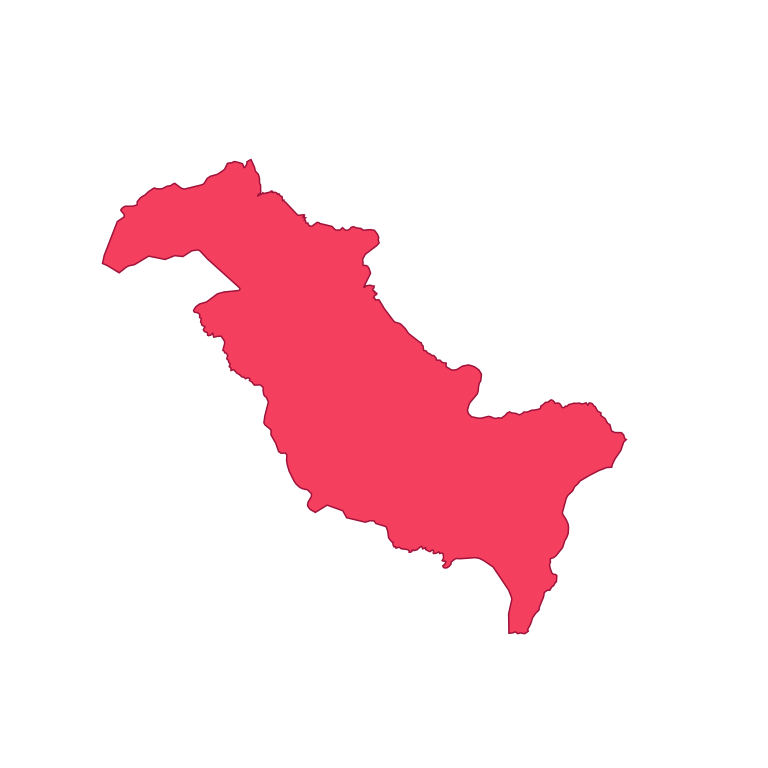 Anouvong, Vientiane, Laos (Natural Earth projection), rotated 59°
{"feature_id": "54806243B81229078685154", "entity_name": "Anouvong", "entity_type": "district", "adm_level": 2, "iso_a3": "LAO", "parent_name": "Laos", "parent_adm1": "Vientiane", "projection": "natural_earth1", "projection_center": [103.023, 18.902], "detail": "fine", "context": "isolated", "style": "filled", "palette": "rose", "viewbox_px": 768, "rotation_deg": 59, "n_neighbors": 0, "source": "geoboundaries", "source_scale": "gbopen_adm2", "svg_char_len": 6160}
<svg xmlns="http://www.w3.org/2000/svg" viewBox="0 0 768 768"><g transform="rotate(59 384 384)"><path d="M123.2,382.4L122.9,383.8L123.0,387.1L124.3,387.8L125.7,389.7L126.6,391.8L126.4,392.5L122.5,391.8L119.9,393.9L116.6,397.2L116.0,398.4L116.1,400.2L114.3,404.0L114.5,405.0L117.8,409.9L118.2,412.4L118.4,419.0L116.5,425.9L116.6,427.7L116.7,429.6L119.6,435.2L119.3,438.0L114.1,454.7L112.0,456.8L104.2,460.0L103.9,462.5L104.2,464.5L102.7,468.3L102.4,473.3L101.5,475.4L99.3,478.6L97.9,479.6L97.5,481.2L97.9,487.0L98.9,491.6L98.8,495.4L99.2,497.8L100.7,501.7L103.3,503.4L102.3,507.5L98.4,514.2L98.2,516.7L99.1,519.9L100.1,520.2L104.7,519.4L106.5,520.3L107.0,521.5L107.4,528.9L129.6,557.5L135.7,563.2L139.9,560.2L152.3,553.7L151.1,544.5L151.3,541.9L153.2,536.3L153.2,519.8L164.5,507.5L166.2,497.3L171.2,490.7L170.8,480.3L172.7,475.5L173.8,473.9L175.5,473.1L185.9,470.9L227.2,458.3L228.2,458.4L228.9,459.2L229.0,460.4L222.7,473.9L220.9,480.4L222.3,493.9L220.5,500.4L220.6,503.1L221.0,505.9L222.3,508.4L223.0,509.4L224.2,509.6L225.3,509.1L226.5,507.3L229.4,506.1L232.1,507.9L233.5,506.8L236.4,509.3L238.1,509.2L239.7,509.8L242.7,508.1L244.5,511.0L246.7,510.9L248.7,509.1L249.6,509.1L251.3,510.1L252.2,509.5L252.9,507.4L252.2,504.7L256.2,505.8L257.4,502.2L259.1,499.0L263.3,498.7L265.2,498.7L267.3,499.8L272.1,504.8L273.6,504.1L275.2,504.5L276.2,503.3L279.2,503.3L281.0,505.5L282.1,505.8L283.6,505.1L285.2,505.9L287.6,505.6L289.4,507.7L291.4,507.0L293.6,508.2L294.1,506.0L294.8,505.3L299.0,504.5L301.2,503.2L304.8,502.1L305.7,500.8L308.2,499.9L308.5,497.5L309.6,496.6L310.3,496.3L311.6,497.5L314.1,496.3L318.2,495.7L321.1,490.4L324.9,489.3L327.0,490.9L331.0,492.5L332.8,492.6L334.8,491.7L339.9,492.4L349.9,502.5L355.3,506.9L357.7,507.1L365.1,504.5L369.5,507.1L379.0,507.3L387.6,509.1L390.3,507.9L392.4,504.1L394.8,503.8L399.7,507.1L404.4,508.8L409.9,510.2L421.1,511.1L424.9,510.8L429.3,509.4L431.9,507.7L435.2,504.1L440.8,502.7L443.1,504.3L446.0,509.7L448.0,511.6L449.6,512.3L453.5,511.9L458.7,509.0L458.5,495.2L471.4,484.6L479.4,484.9L492.8,471.2L494.0,466.5L496.2,463.0L499.4,462.8L506.4,456.5L507.8,455.7L512.0,456.6L518.3,459.3L523.3,458.7L524.3,457.7L525.3,458.6L527.6,459.3L528.8,459.2L529.6,457.8L530.8,458.3L531.8,454.9L534.1,454.1L537.9,449.2L540.0,448.3L541.1,449.1L541.8,448.0L541.9,446.4L541.0,445.7L540.9,445.0L541.6,444.2L542.2,444.2L543.1,441.2L542.3,436.5L542.6,435.3L545.2,435.8L545.7,432.7L547.3,433.6L550.9,431.4L551.5,430.6L551.0,428.3L551.8,427.5L552.8,427.7L554.3,428.9L555.0,428.7L555.8,426.7L556.2,423.5L558.1,423.5L558.4,421.9L559.1,421.1L560.6,421.0L564.0,422.7L565.3,425.1L566.4,424.5L566.9,423.3L568.0,422.4L569.7,424.4L570.1,427.2L571.9,427.5L573.3,426.3L574.0,424.5L573.9,422.2L573.0,419.5L571.1,418.0L570.6,413.0L571.0,411.7L573.1,408.5L579.8,395.3L582.4,392.2L586.8,389.4L597.1,384.7L624.9,383.3L631.9,384.5L634.4,385.3L645.1,395.5L662.0,405.3L663.6,401.9L664.1,399.1L666.9,397.9L667.8,395.0L670.3,392.3L670.5,390.8L670.2,387.6L668.3,387.2L665.3,382.1L660.9,377.0L658.8,372.5L657.5,367.5L655.1,365.5L648.8,357.0L645.3,354.0L644.9,350.1L646.1,348.3L646.0,347.4L645.3,346.7L644.3,344.3L644.2,342.4L642.6,339.8L642.3,338.1L637.4,334.6L635.9,334.9L633.9,337.1L632.2,337.4L627.7,336.5L624.1,335.2L622.5,333.1L619.8,331.8L619.6,330.3L620.2,328.2L619.8,324.8L616.2,315.2L611.1,309.3L609.9,306.8L607.0,303.1L601.7,299.5L598.7,298.3L594.1,297.7L587.8,297.9L586.2,297.4L575.9,286.7L574.2,283.8L572.7,277.2L570.2,273.5L569.4,269.3L568.1,265.9L568.1,255.9L568.8,244.9L570.2,236.4L572.6,231.7L570.4,229.5L567.2,224.6L562.9,215.2L557.2,208.4L556.4,204.9L554.9,205.8L551.1,204.8L548.0,205.5L544.4,211.2L541.5,213.1L535.1,211.3L532.9,212.6L527.5,212.3L522.5,214.4L520.6,212.9L517.1,214.9L512.0,214.6L510.7,215.5L508.2,215.6L507.2,216.3L505.9,217.9L507.1,220.1L504.2,220.5L503.3,224.3L500.8,226.6L499.5,229.5L498.3,230.9L497.6,234.3L496.8,235.6L497.3,238.8L496.4,240.0L497.0,241.4L496.7,242.5L495.8,243.3L491.3,243.5L489.9,244.6L488.6,247.5L487.1,247.2L484.7,248.0L483.6,249.1L484.0,252.9L482.9,255.1L483.7,258.6L483.6,260.7L485.1,262.1L485.5,263.6L484.0,268.1L482.6,270.7L481.8,275.7L480.0,278.7L480.6,281.1L480.0,284.1L477.1,286.1L474.6,289.4L472.5,290.8L472.4,293.7L473.3,296.1L473.7,301.2L472.1,302.9L471.0,306.0L469.7,307.6L467.2,309.2L465.6,311.0L463.3,318.4L461.8,320.8L457.2,325.8L453.1,326.9L449.9,326.2L449.0,325.5L445.3,321.6L444.1,319.5L440.6,309.3L438.8,307.1L434.6,304.0L432.1,301.5L431.3,299.6L426.4,295.8L425.4,295.4L420.9,295.4L416.2,297.4L413.3,299.6L411.1,301.9L409.1,307.4L409.1,314.3L408.1,316.8L406.7,318.9L401.6,321.6L400.6,321.6L398.1,319.9L396.6,322.0L395.1,323.1L392.5,323.7L390.5,326.7L388.6,326.0L385.4,326.6L384.0,328.3L381.3,329.4L380.1,330.6L377.3,330.9L375.7,332.7L371.3,330.9L370.0,331.4L367.9,330.8L366.8,331.8L353.4,336.9L347.7,337.2L342.2,338.5L340.3,339.3L336.6,342.8L334.9,343.3L320.0,344.9L309.8,344.9L308.9,345.2L307.7,348.0L305.7,347.8L304.6,348.6L303.3,346.1L303.5,344.4L302.8,343.5L302.4,343.4L301.1,344.9L300.2,344.3L299.9,344.9L298.9,344.6L297.8,345.3L297.0,344.8L296.3,343.1L294.9,342.0L294.1,343.4L292.3,344.8L290.6,348.7L291.1,351.1L290.8,351.4L290.0,350.7L282.2,338.5L277.9,337.4L274.6,337.4L272.9,338.7L271.6,340.8L265.9,337.9L263.2,333.2L261.6,318.7L260.6,315.6L257.3,314.6L256.1,313.3L254.8,312.9L252.3,312.5L248.1,312.9L247.2,313.2L244.7,316.1L241.5,322.5L238.7,323.7L236.1,327.1L233.3,329.3L232.8,331.8L233.6,333.2L233.5,335.7L232.3,337.9L228.6,339.1L229.5,342.9L228.5,343.6L227.6,345.6L226.5,346.4L222.1,347.4L213.5,356.2L212.2,356.7L211.0,358.0L211.6,364.6L210.0,366.5L208.0,366.8L206.9,366.3L206.1,367.9L203.2,367.1L202.6,367.8L202.4,367.2L201.3,367.0L201.1,365.7L200.4,366.6L199.5,366.2L199.3,367.2L198.2,365.1L197.7,365.4L195.2,370.7L193.6,371.3L177.4,374.8L176.1,375.5L174.8,375.1L174.6,376.4L170.8,374.9L169.4,376.0L166.8,376.1L166.6,377.7L165.0,377.5L163.5,378.7L162.5,381.0L161.9,381.2L161.4,380.4L160.5,381.3L160.8,382.9L160.0,385.2L160.3,385.8L159.4,386.6L159.0,389.0L157.6,389.3L158.2,390.8L157.7,395.2L157.0,394.6L156.7,391.4L155.8,390.7L149.8,387.3L148.0,387.3L143.5,384.8L139.7,383.7L135.2,384.6L131.6,383.4L123.2,382.4Z" fill="#f43f5e" stroke="#9f1239" stroke-width="1.5"/></g></svg>